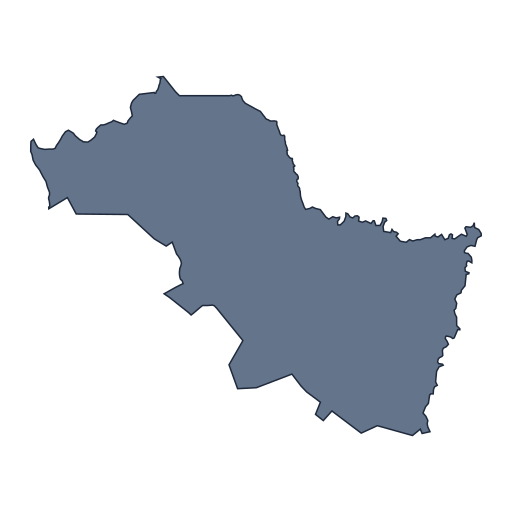 San Juan Comaltepec, Oaxaca, Mexico
{"feature_id": "50627088B18833881773629", "entity_name": "San Juan Comaltepec", "entity_type": "district", "adm_level": 2, "iso_a3": "MEX", "parent_name": "Mexico", "parent_adm1": "Oaxaca", "projection": "robinson", "projection_center": [-95.952, 17.329], "detail": "fine", "context": "isolated", "style": "filled", "palette": "slate", "viewbox_px": 512, "rotation_deg": 0, "n_neighbors": 0, "source": "geoboundaries", "source_scale": "gbopen_adm2", "svg_char_len": 4720}
<svg xmlns="http://www.w3.org/2000/svg" viewBox="0 0 512 512"><path d="M430.0,431.7L427.8,426.9L427.2,423.8L427.8,420.5L425.9,416.3L423.1,413.1L423.5,411.8L425.6,406.7L428.4,403.4L429.6,395.1L430.9,393.8L433.2,393.9L433.5,389.6L434.5,386.9L437.3,385.3L435.6,381.9L436.6,371.3L439.0,366.9L443.2,365.2L442.5,364.2L438.7,363.6L437.6,362.0L438.2,359.2L439.4,357.7L442.0,356.4L442.8,355.4L442.4,350.3L443.3,348.2L446.3,346.7L448.4,344.3L447.2,341.5L445.4,338.7L445.5,336.9L446.3,336.0L447.8,336.3L450.5,336.9L452.8,338.5L454.2,337.9L457.7,329.6L459.8,329.8L459.9,328.9L456.7,325.6L456.6,317.2L454.9,313.8L454.1,310.2L455.8,308.4L456.7,303.4L454.8,299.1L456.8,294.9L461.0,292.8L461.4,290.2L465.0,285.8L466.2,274.4L468.8,273.8L469.0,272.7L465.4,271.4L464.9,267.9L466.7,265.7L466.3,264.2L467.1,261.3L468.7,261.0L471.8,262.8L471.9,260.5L471.3,257.2L468.0,253.4L465.9,253.2L464.5,252.5L464.4,250.7L467.1,246.9L470.9,245.4L475.0,246.3L476.7,239.7L477.7,237.7L481.3,235.8L481.1,233.3L478.7,229.5L474.6,227.5L474.3,222.7L473.0,225.9L470.6,227.3L466.0,226.7L464.9,228.1L467.2,234.5L466.2,236.3L461.4,234.2L454.7,238.9L452.1,238.4L452.5,234.9L451.0,233.9L449.4,234.8L448.2,238.3L444.8,239.7L441.6,234.4L437.9,237.0L435.2,236.1L434.9,234.2L430.5,237.8L425.4,237.8L420.3,239.7L417.2,239.7L412.7,241.0L409.5,239.6L406.2,242.3L400.3,241.2L396.1,236.2L398.2,233.8L396.6,232.3L393.5,231.5L392.0,229.4L390.7,232.6L383.7,231.4L383.1,226.5L384.6,222.3L386.7,220.5L385.9,218.4L382.9,218.1L382.1,221.8L380.1,225.4L375.9,225.5L374.3,220.8L373.2,220.7L371.0,223.5L365.6,220.9L362.3,222.3L358.6,221.0L359.1,217.2L357.5,215.8L355.0,216.0L352.8,217.9L350.1,217.0L347.7,213.7L345.9,213.1L345.9,216.4L344.1,221.3L340.3,224.9L337.8,224.9L337.5,221.4L339.4,218.9L339.6,217.2L336.2,217.9L332.8,216.7L328.9,219.1L325.9,217.1L320.3,209.6L315.7,208.5L312.4,207.0L309.9,208.4L305.6,209.4L304.1,206.9L303.1,203.9L301.5,199.8L300.8,197.2L300.5,195.8L300.3,193.4L300.2,191.3L299.7,190.0L299.6,188.5L299.3,187.7L297.9,186.1L297.6,185.0L297.8,184.1L298.0,183.3L297.4,182.6L296.8,181.5L296.8,180.2L297.2,179.3L297.9,179.1L298.2,178.6L298.2,177.6L298.2,176.9L297.9,176.1L297.2,174.7L296.5,174.2L295.6,173.4L295.1,172.6L294.1,171.8L293.8,171.1L293.7,170.2L293.9,169.1L293.7,167.8L293.5,166.9L294.1,166.5L294.6,166.4L294.7,165.5L293.9,164.9L293.5,164.1L293.0,163.6L293.0,163.1L292.8,162.1L292.1,160.0L292.5,159.1L292.1,158.4L290.5,158.3L289.2,157.0L287.2,154.4L287.1,152.0L286.8,150.7L287.2,150.5L287.6,150.3L286.9,147.6L286.1,145.5L285.4,143.8L285.4,142.0L285.0,140.8L284.8,140.3L284.7,138.8L284.7,136.2L283.9,135.2L282.7,135.6L281.4,135.3L280.6,134.7L279.7,132.8L279.5,131.6L278.9,130.2L278.1,128.2L276.7,124.3L276.9,122.8L276.8,121.8L276.3,121.2L274.9,121.1L274.2,120.9L272.4,121.0L270.9,121.0L269.5,120.7L268.7,120.0L268.1,119.7L266.7,119.3L265.4,118.2L264.8,117.1L263.4,115.4L260.4,111.4L259.0,110.7L256.3,109.3L255.4,108.9L253.2,107.6L246.2,103.8L245.0,103.0L242.9,100.6L242.3,99.2L242.0,98.6L241.5,96.7L240.0,95.3L238.7,94.7L237.3,94.6L235.5,95.0L234.3,95.6L232.6,95.8L231.4,95.2L229.8,95.7L179.4,95.7L175.4,91.6L163.4,76.5L157.9,77.1L160.9,78.7L160.3,79.8L160.1,81.7L159.9,83.2L159.2,84.8L158.8,86.2L158.5,87.6L157.6,89.9L156.3,91.4L156.1,92.4L155.6,93.2L154.9,93.3L154.3,92.9L154.2,92.5L139.3,94.3L133.1,100.4L131.5,103.1L130.4,107.5L131.6,112.2L132.3,115.9L130.2,118.1L127.9,121.0L127.4,123.0L124.3,124.3L120.7,123.1L115.0,121.0L113.5,120.3L111.7,121.8L108.7,122.9L105.9,124.2L103.6,124.9L100.7,125.0L97.7,127.6L96.2,129.3L95.6,131.0L96.9,132.1L96.2,134.1L94.6,137.1L91.0,140.1L87.9,142.1L83.1,141.8L82.5,141.2L79.7,139.6L75.2,135.7L73.4,133.2L68.4,130.2L65.5,131.7L62.4,135.9L60.6,139.3L58.5,142.7L56.4,145.6L55.3,148.1L53.3,149.1L48.8,149.1L44.9,149.4L40.7,148.6L38.1,147.8L35.9,144.3L34.5,141.4L33.5,139.2L31.0,141.4L30.8,144.6L30.7,151.4L32.0,154.5L33.1,160.1L35.6,164.9L39.6,170.0L41.0,172.8L43.1,176.8L46.0,181.5L47.4,186.9L49.5,192.3L49.5,195.0L48.7,197.0L48.6,198.8L49.3,201.3L49.6,203.7L49.8,205.9L48.7,207.2L48.8,208.8L67.4,197.6L76.2,214.0L127.8,214.5L154.2,238.8L166.2,246.1L172.2,242.1L176.6,254.1L178.1,255.9L179.1,257.5L180.1,259.1L180.9,261.0L181.4,263.5L180.9,265.6L180.3,267.2L179.8,268.4L179.5,271.1L179.4,272.8L179.5,274.9L179.8,276.9L180.2,278.4L180.7,279.6L181.2,279.9L182.1,280.6L182.6,282.1L183.1,283.7L181.4,284.4L175.3,287.5L164.1,293.8L169.3,297.3L188.7,312.7L191.1,315.0L193.4,313.2L201.5,306.3L202.7,305.5L207.7,305.5L212.4,305.1L214.4,305.8L216.8,308.4L242.9,340.6L229.0,364.8L237.6,388.7L256.4,387.7L291.9,374.1L301.1,386.1L306.5,391.8L320.4,402.2L315.5,414.4L323.3,420.6L331.9,411.0L361.2,433.1L362.3,432.6L377.3,425.7L412.5,435.5L420.3,429.1L422.1,433.5L430.0,431.7Z" fill="#64748b" stroke="#1e293b" stroke-width="1.5"/></svg>